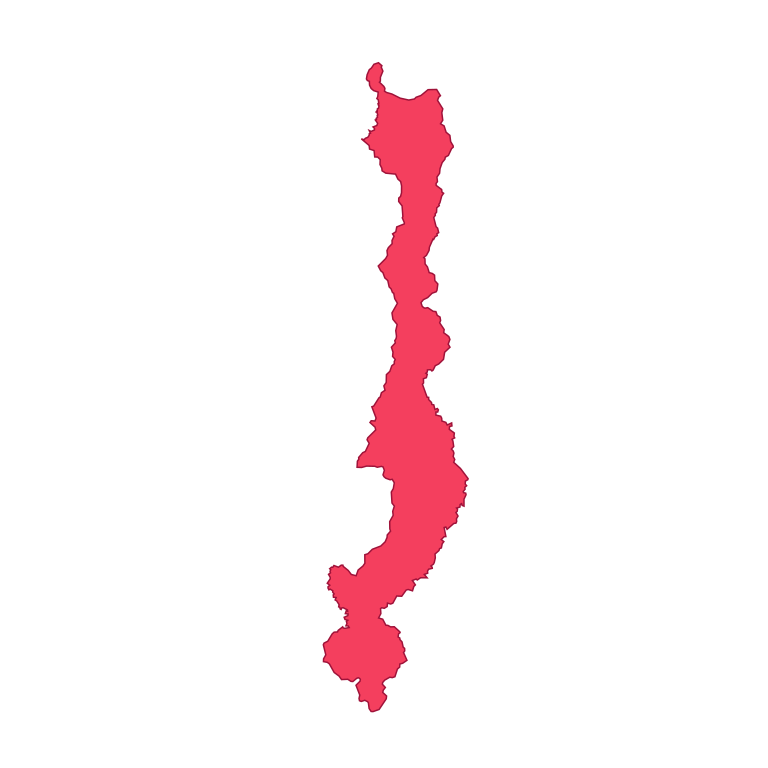 Convención, Norte de Santander, Colombia, rotated 159°
{"feature_id": "7082276B19250418981939", "entity_name": "Convención", "entity_type": "district", "adm_level": 2, "iso_a3": "COL", "parent_name": "Colombia", "parent_adm1": "Norte de Santander", "projection": "mercator", "projection_center": [-73.204, 8.833], "detail": "fine", "context": "isolated", "style": "filled", "palette": "rose", "viewbox_px": 768, "rotation_deg": 159, "n_neighbors": 0, "source": "geoboundaries", "source_scale": "gbopen_adm2", "svg_char_len": 6157}
<svg xmlns="http://www.w3.org/2000/svg" viewBox="0 0 768 768"><g transform="rotate(159 384 384)"><path d="M274.0,685.9L278.8,686.1L282.5,683.5L285.1,682.7L288.9,678.8L291.1,675.1L290.8,673.3L289.2,671.8L290.4,668.2L290.1,664.5L288.5,661.6L284.8,658.6L286.8,654.6L288.4,653.0L287.5,651.6L288.1,648.5L289.0,648.0L288.5,647.3L289.4,646.8L289.0,645.5L290.7,642.8L290.6,643.4L291.6,643.2L292.6,640.9L293.0,641.4L293.9,640.8L293.2,640.2L293.4,637.4L294.2,637.0L294.5,635.3L296.1,634.8L296.2,633.7L297.5,633.6L296.5,629.7L298.1,627.9L302.1,627.9L301.3,626.0L301.9,624.6L305.5,624.4L307.0,626.0L306.8,622.9L308.0,623.0L308.7,621.5L310.8,620.1L313.3,620.1L315.0,619.2L317.3,621.0L312.4,612.0L313.3,608.5L309.6,605.5L311.3,599.3L308.6,598.1L307.1,594.9L309.1,590.3L308.7,586.3L309.4,583.7L306.8,580.2L298.0,575.8L297.6,570.3L295.9,567.0L296.6,562.6L299.1,556.3L301.3,553.2L303.6,552.3L304.9,549.1L303.3,543.8L306.4,533.5L307.4,532.6L307.2,527.3L307.7,526.2L315.8,526.1L318.4,521.9L322.2,521.1L321.7,518.3L325.1,515.1L326.1,512.1L331.0,509.8L333.4,507.5L334.6,502.9L337.5,500.5L347.1,496.2L346.5,490.9L345.1,488.4L345.2,482.7L343.4,479.2L344.4,472.8L343.3,470.3L343.3,466.3L342.4,465.3L343.4,459.8L342.5,454.6L351.1,447.5L352.5,441.2L350.4,434.8L353.9,429.6L355.2,424.2L356.3,422.2L358.4,420.6L358.7,418.3L363.9,415.7L364.2,410.5L366.1,406.7L364.7,402.9L366.4,401.3L367.1,399.2L370.2,398.2L374.0,393.7L378.4,391.9L381.4,384.6L384.8,382.3L385.3,377.8L389.5,376.8L392.2,373.2L393.7,372.9L401.5,367.1L403.5,367.1L403.6,355.0L405.7,352.7L409.1,354.3L410.9,353.1L407.8,346.9L408.2,344.1L418.4,339.6L419.8,338.0L419.1,333.9L425.6,327.7L428.5,327.5L434.0,324.5L434.5,322.8L436.5,321.5L439.0,315.9L434.8,314.1L429.7,313.6L422.1,310.5L420.1,308.7L415.9,308.0L414.6,306.9L414.6,303.3L417.5,299.5L417.2,297.4L416.1,295.4L412.6,292.4L410.5,292.1L409.8,288.1L412.8,283.0L415.9,280.5L419.2,270.0L418.1,266.3L421.5,262.0L422.5,258.1L428.0,253.5L430.5,246.6L430.6,244.3L435.1,241.9L436.1,239.7L439.4,236.3L445.0,233.9L454.1,233.9L459.9,231.3L463.1,231.5L466.1,223.5L468.9,221.6L474.8,219.6L478.7,215.0L482.8,217.9L484.2,222.7L487.4,228.3L487.3,229.6L488.9,230.2L492.2,229.3L495.8,232.5L497.6,231.2L498.6,231.8L500.9,231.0L500.3,229.7L501.5,228.4L501.6,226.9L504.0,226.2L503.5,222.8L504.0,221.4L508.4,218.3L506.7,215.6L509.0,214.7L509.4,213.4L509.2,211.6L507.8,211.8L505.9,209.3L506.5,208.1L505.8,205.9L507.0,205.3L507.6,203.0L505.2,201.8L507.0,199.9L505.9,198.5L505.0,194.1L506.2,192.2L505.3,191.3L505.5,189.7L504.8,188.9L503.9,190.0L502.4,189.9L499.1,186.2L499.4,184.8L500.5,185.8L502.4,183.5L499.9,182.1L500.8,180.7L504.8,180.5L504.8,178.1L502.5,176.4L504.2,175.8L504.4,173.7L506.2,171.9L504.1,170.9L503.8,169.1L508.1,169.9L509.5,170.9L509.6,172.1L515.1,170.4L516.2,169.2L519.5,170.2L521.9,169.3L528.7,164.0L532.8,163.6L534.1,162.3L535.4,152.0L538.9,149.1L540.0,146.5L536.7,144.5L535.3,142.3L533.9,132.5L530.6,127.4L529.6,123.3L523.6,121.3L521.4,118.2L519.7,117.4L515.0,119.0L513.3,119.0L512.4,118.1L511.9,116.8L512.9,115.1L518.1,112.8L518.1,102.3L520.0,99.4L520.4,97.1L519.0,95.8L515.3,95.6L513.3,93.5L512.8,92.2L514.2,86.3L513.4,82.9L511.7,82.1L505.2,81.9L494.7,89.3L493.4,91.8L495.7,96.5L494.4,98.4L491.5,100.2L493.1,104.3L492.2,105.8L489.4,107.3L483.7,108.2L481.5,106.9L478.7,106.8L473.6,113.1L470.8,114.1L469.6,116.9L466.6,116.6L461.6,117.8L462.0,126.3L460.3,127.4L459.5,129.8L460.4,131.5L459.6,136.8L460.7,139.6L460.3,141.2L461.5,142.8L459.9,145.6L458.1,146.1L458.0,146.9L461.4,153.7L464.9,154.9L466.9,157.3L468.7,158.1L469.5,164.9L472.9,167.5L469.2,170.8L467.7,175.6L466.3,175.9L464.1,174.5L460.8,175.1L459.3,178.2L456.6,176.2L454.3,176.2L448.1,181.5L443.5,179.5L437.1,183.7L435.1,183.5L431.5,180.7L428.7,184.3L426.7,185.2L427.9,190.4L423.9,190.4L423.2,189.1L419.3,190.0L413.2,187.6L414.6,191.8L411.0,191.7L410.4,193.8L408.7,195.1L405.0,194.6L404.7,195.7L405.4,197.3L402.4,198.1L401.0,199.4L398.4,203.3L397.3,207.0L392.4,208.8L391.1,210.4L389.2,210.4L386.9,214.0L384.6,215.4L386.3,218.3L382.6,219.9L380.9,219.4L379.3,228.5L377.5,228.3L377.2,225.7L368.8,228.8L366.7,228.3L365.4,229.6L364.7,232.2L362.2,234.2L362.9,238.3L361.3,238.9L360.2,240.9L360.7,242.2L357.2,241.9L356.1,244.2L354.4,244.5L354.6,242.7L353.1,241.3L350.6,247.8L347.1,251.2L346.8,252.8L348.7,254.1L348.5,255.3L346.0,256.7L345.6,258.6L343.3,259.4L344.0,261.6L342.8,264.2L340.1,264.6L339.4,265.5L342.9,277.8L347.0,285.9L345.0,288.2L345.4,291.5L343.5,294.4L343.4,296.6L344.4,299.1L341.3,300.7L340.1,306.1L340.3,308.0L337.3,308.4L337.5,310.0L335.9,313.0L339.3,318.3L338.0,320.8L335.6,320.5L334.8,323.4L339.7,323.1L340.0,326.0L343.2,328.7L342.4,331.4L342.6,333.6L346.7,336.4L345.6,339.2L343.9,338.6L342.5,340.4L343.0,342.0L345.6,342.0L345.0,346.7L346.7,347.8L346.3,349.8L347.9,353.5L347.1,355.5L348.5,356.2L348.2,370.0L346.7,370.8L345.3,374.8L342.2,374.7L340.1,377.6L341.1,379.0L339.3,379.7L338.4,381.6L335.4,380.7L334.6,379.0L333.1,379.4L329.6,382.7L325.7,383.1L319.6,385.7L316.0,391.9L309.2,394.7L309.8,398.2L306.5,402.0L306.5,405.1L309.9,410.5L308.3,413.3L310.1,421.2L308.4,423.0L307.7,426.4L309.7,429.0L309.6,433.0L312.1,434.3L315.8,439.6L318.6,440.1L319.6,441.1L320.5,442.9L320.3,446.7L317.0,448.6L312.3,449.0L306.6,451.5L302.2,451.4L300.9,452.6L297.9,458.1L299.5,462.3L297.8,467.5L299.2,469.8L301.9,471.8L301.5,477.7L302.6,481.4L300.9,486.2L301.6,487.8L298.3,488.9L294.1,492.5L292.6,495.4L286.4,501.7L285.9,501.1L283.5,503.2L281.1,503.5L280.8,505.3L278.7,505.7L278.1,510.3L279.0,512.2L277.9,521.6L275.6,523.1L275.3,524.5L273.4,525.5L271.6,529.6L268.5,530.7L268.4,532.1L266.9,533.1L262.7,538.9L260.0,540.7L261.1,542.3L260.5,544.9L264.1,550.7L263.5,552.6L261.6,553.7L260.4,558.2L256.6,560.8L254.5,565.0L250.3,569.9L246.6,572.0L245.5,573.8L242.0,574.3L236.6,579.5L234.5,580.3L234.1,581.5L234.9,586.4L233.4,592.5L235.8,596.8L235.4,603.4L238.0,606.7L234.6,609.2L232.8,616.6L230.5,619.8L232.4,629.6L230.1,632.2L228.0,632.9L229.3,640.1L237.4,643.0L246.1,640.1L251.3,640.2L253.4,639.2L259.1,640.2L266.5,645.1L272.7,651.9L277.1,655.2L278.6,657.2L277.2,659.7L277.5,661.9L280.1,667.4L278.9,668.0L277.4,671.7L272.9,676.5L273.0,680.8L271.9,681.9L274.0,685.9Z" fill="#f43f5e" stroke="#9f1239" stroke-width="1.5"/></g></svg>